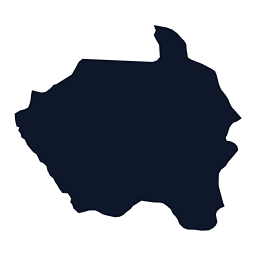 Jaborandi, São Paulo, Brazil (Natural Earth projection), rotated 90°
{"feature_id": "56859067B72694861704864", "entity_name": "Jaborandi", "entity_type": "district", "adm_level": 2, "iso_a3": "BRA", "parent_name": "Brazil", "parent_adm1": "São Paulo", "projection": "natural_earth1", "projection_center": [-48.409, -20.657], "detail": "fine", "context": "isolated", "style": "filled", "palette": "ink", "viewbox_px": 256, "rotation_deg": 90, "n_neighbors": 0, "source": "geoboundaries", "source_scale": "gbopen_adm2", "svg_char_len": 1713}
<svg xmlns="http://www.w3.org/2000/svg" viewBox="0 0 256 256"><g transform="rotate(90 128 128)"><path d="M26.1,101.1L30.4,99.4L35.1,101.4L38.9,99.5L44.8,96.1L49.2,95.9L52.3,95.7L57.3,95.3L61.1,98.7L62.7,103.3L59.6,173.4L62.6,176.8L65.7,178.4L75.0,183.6L84.6,198.9L85.7,202.3L88.6,204.6L92.8,210.3L93.3,215.0L91.2,223.4L94.3,224.1L99.5,224.6L103.2,225.4L108.0,227.2L110.1,231.3L111.1,235.6L114.1,240.6L120.4,240.1L125.8,238.8L126.9,235.6L130.2,237.0L133.6,234.5L136.9,234.0L139.0,230.6L141.7,229.4L144.7,228.0L148.8,224.6L151.7,222.1L153.6,219.1L157.5,217.1L161.0,215.5L162.6,212.1L165.9,208.8L170.1,207.9L175.1,205.4L178.2,201.8L181.6,200.3L184.3,198.4L188.1,196.3L192.3,193.2L192.5,187.9L195.0,186.2L198.5,184.0L201.9,184.9L204.6,182.9L208.0,181.9L212.3,177.3L211.4,172.8L209.7,167.1L209.6,160.6L211.1,157.2L213.5,153.2L214.8,148.8L215.5,145.3L216.4,141.2L216.1,136.8L214.3,133.1L211.7,130.3L208.5,125.9L205.4,123.5L203.4,120.2L199.9,114.8L201.7,102.0L201.8,96.2L202.6,92.5L205.5,88.4L209.1,84.4L212.7,82.9L216.2,79.7L219.1,77.7L223.6,75.9L227.3,72.1L228.8,68.1L229.0,61.0L229.9,54.4L229.6,47.5L227.6,43.6L225.2,41.0L222.0,39.4L214.6,40.9L211.0,39.8L207.9,36.6L206.0,32.4L202.8,33.6L186.6,37.9L183.7,38.1L180.0,38.1L173.7,37.9L169.2,35.5L165.6,30.9L161.4,28.3L156.5,24.0L149.9,18.5L146.7,19.3L144.2,21.4L142.2,25.1L141.3,30.0L137.5,31.1L134.9,29.6L131.6,28.5L127.5,27.2L124.7,25.5L122.1,23.1L120.8,19.6L118.2,15.4L112.9,20.0L107.7,24.7L104.4,26.5L99.9,28.3L95.5,31.0L89.9,35.5L86.5,37.0L83.3,38.1L75.4,40.0L71.7,41.5L69.7,44.4L64.3,54.7L60.3,65.1L58.0,68.8L49.4,70.1L44.5,70.5L41.5,72.2L38.1,75.5L34.0,79.1L30.3,84.0L28.3,89.2L26.9,96.6L26.1,101.1Z" fill="#0f172a" stroke="#020617" stroke-width="1.5"/></g></svg>